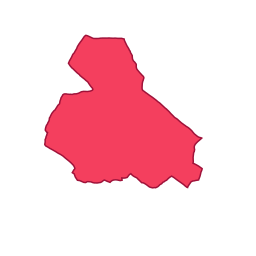 outline of Singida Urban, Singida, United Republic of Tanzania, rotated 124°
{"feature_id": "72390352B67063144918279", "entity_name": "Singida Urban", "entity_type": "district", "adm_level": 2, "iso_a3": "TZA", "parent_name": "United Republic of Tanzania", "parent_adm1": "Singida", "projection": "equal_earth", "projection_center": [34.722, -4.814], "detail": "fine", "context": "isolated", "style": "filled", "palette": "rose", "viewbox_px": 256, "rotation_deg": 124, "n_neighbors": 0, "source": "geoboundaries", "source_scale": "gbopen_adm2", "svg_char_len": 5121}
<svg xmlns="http://www.w3.org/2000/svg" viewBox="0 0 256 256"><g transform="rotate(124 128 128)"><path d="M196.2,149.2L196.2,148.9L196.1,147.0L198.1,144.3L198.7,142.9L199.6,140.7L198.6,138.6L197.8,134.2L196.9,132.6L195.9,132.1L195.7,132.1L195.5,131.9L195.0,131.5L193.7,129.2L193.3,128.4L193.0,126.8L192.4,125.3L191.5,123.9L190.8,122.8L189.3,121.2L188.6,120.4L187.6,119.8L187.2,119.6L186.1,119.3L185.6,119.1L184.4,118.6L184.3,118.0L184.2,117.9L183.9,115.8L183.1,112.5L181.9,112.3L180.5,111.8L179.2,110.9L177.8,109.2L176.9,107.4L176.0,105.1L174.6,103.7L174.0,104.2L172.9,105.2L171.9,103.5L171.1,102.5L170.8,102.2L170.7,102.1L169.6,101.2L169.4,101.0L169.1,101.0L167.2,100.9L165.8,100.8L164.6,100.2L164.3,100.1L164.4,99.6L164.5,99.4L164.8,97.7L164.8,95.6L164.6,94.2L164.4,93.0L164.4,92.9L164.6,92.0L164.7,91.5L164.7,91.4L164.8,91.2L164.8,90.9L164.9,90.6L165.1,89.2L165.7,86.1L164.9,84.6L164.7,82.4L164.7,81.9L164.7,80.8L164.9,77.6L164.8,77.3L164.8,76.7L163.9,74.2L162.5,72.6L162.1,71.7L160.1,70.5L159.6,70.4L159.1,70.2L157.2,69.9L155.5,69.0L155.1,68.9L154.5,68.9L154.3,68.8L153.4,68.7L152.4,68.0L150.8,67.5L150.6,67.4L149.8,66.8L148.0,66.5L146.8,66.2L145.6,65.9L145.3,65.7L145.2,65.7L143.5,64.9L143.4,62.0L143.6,58.9L143.7,53.1L143.8,50.2L144.1,48.2L144.2,45.9L144.0,45.3L143.3,45.6L141.6,45.6L140.7,45.7L139.2,45.6L138.5,45.7L137.4,45.6L135.9,44.8L135.6,44.5L134.8,43.6L133.6,42.5L131.7,40.5L131.6,40.4L130.6,40.7L129.6,40.9L127.9,41.3L125.9,42.0L123.9,42.8L122.2,43.1L120.3,43.7L120.2,44.0L120.1,48.2L120.2,49.5L120.3,50.8L120.5,52.4L120.8,54.5L119.6,54.9L118.8,55.5L118.6,55.6L118.3,55.9L117.8,56.3L117.4,56.5L117.2,56.7L116.9,56.9L116.1,57.5L114.6,58.3L113.2,59.0L111.7,59.8L110.5,59.9L109.8,60.2L108.5,60.8L108.2,61.2L106.8,62.4L106.3,62.6L105.9,62.9L104.9,63.0L104.5,63.1L104.3,63.1L103.7,63.2L103.3,63.0L102.7,63.0L100.4,62.6L100.1,62.5L98.3,62.0L96.8,61.6L96.1,61.4L95.9,61.4L95.1,61.2L95.1,61.4L95.3,62.0L96.0,64.1L96.1,64.5L96.1,65.8L96.0,67.3L95.9,67.9L95.8,69.6L95.1,72.1L94.9,72.6L94.7,73.2L94.3,75.3L94.0,77.7L94.0,79.2L94.1,80.8L94.0,82.1L94.0,83.7L93.9,85.0L93.9,86.4L93.7,87.9L93.5,89.5L93.3,90.8L93.1,92.0L93.1,93.5L93.2,94.7L93.1,95.8L93.0,96.1L92.7,97.4L92.1,100.6L91.4,103.3L91.0,105.6L91.0,106.1L90.8,106.5L90.7,108.3L90.3,110.8L89.5,115.9L89.5,117.7L89.2,120.1L88.9,125.0L88.9,128.1L88.7,132.6L88.8,132.7L88.6,134.6L88.6,137.0L88.0,137.6L87.8,138.1L86.8,138.8L86.7,138.9L83.2,141.0L81.5,141.7L80.1,142.1L79.9,142.1L78.8,142.5L77.7,142.8L77.1,143.3L77.0,143.5L76.9,143.7L76.7,144.2L76.4,145.2L76.3,146.2L76.0,147.2L75.6,149.1L75.3,150.1L74.6,152.6L74.3,153.4L74.0,154.0L72.8,155.3L71.1,156.4L70.5,156.9L70.1,158.0L69.6,159.4L69.4,160.8L68.9,161.8L68.3,162.8L67.6,163.4L66.8,164.1L65.6,165.0L64.8,166.5L64.2,167.9L63.1,169.2L62.7,170.4L61.8,171.8L60.4,174.9L59.4,176.6L57.5,179.8L56.7,180.7L56.4,180.9L57.2,183.3L59.4,186.6L60.6,188.8L61.8,190.4L63.1,192.5L63.6,193.4L64.6,194.9L65.3,195.7L65.7,196.5L66.1,197.0L67.4,198.9L68.0,199.8L68.9,201.0L70.4,202.7L71.7,204.6L73.0,206.6L73.3,207.6L73.5,209.1L73.9,211.6L74.1,212.7L74.4,213.9L74.7,214.6L74.9,214.9L76.6,215.4L78.5,215.4L81.4,215.4L82.9,215.5L83.9,215.6L84.4,215.5L85.3,215.6L86.3,215.6L87.2,215.5L88.4,215.5L89.5,215.3L90.7,215.0L91.6,214.9L92.4,214.9L93.8,214.8L95.8,214.6L97.6,214.9L98.6,214.8L99.6,214.6L100.9,214.4L103.1,214.2L104.9,214.1L106.3,213.8L107.6,213.6L108.3,212.0L109.0,210.2L109.2,209.4L109.6,207.9L109.7,206.3L110.0,205.0L110.3,203.3L110.7,201.1L110.8,199.7L110.9,198.2L111.4,196.9L111.4,195.9L111.6,194.5L111.7,192.9L111.8,191.3L112.1,189.7L112.2,188.0L112.4,186.8L112.4,186.7L112.5,186.5L112.6,186.3L113.0,185.5L113.1,185.3L113.1,185.2L113.2,184.9L113.4,184.5L113.5,184.2L114.0,183.0L114.0,182.9L114.4,181.7L114.7,180.6L114.7,180.3L115.2,179.2L115.7,178.7L115.8,178.6L116.0,178.6L116.4,178.7L116.7,178.7L118.5,179.9L119.5,181.0L120.3,181.8L121.1,183.1L121.4,183.6L122.4,185.2L123.8,186.7L124.2,187.0L124.4,187.1L124.7,187.3L125.1,187.5L125.9,187.9L126.5,188.3L126.9,188.5L128.6,190.0L129.9,191.8L130.6,192.4L131.4,193.1L131.7,193.6L132.2,194.6L132.5,194.8L132.6,195.0L134.0,197.5L134.3,198.3L135.4,199.9L135.9,200.2L136.2,200.3L136.8,200.6L138.4,200.4L140.3,200.4L141.8,199.9L143.7,199.4L146.2,198.3L148.4,198.8L150.9,198.7L154.0,198.6L155.0,199.0L156.9,199.2L158.4,199.3L160.3,199.1L160.9,199.0L161.1,199.0L162.5,198.7L163.2,198.8L163.4,198.8L164.3,198.4L165.0,198.0L166.0,197.6L166.6,197.5L168.8,197.3L169.9,197.0L171.3,197.1L172.2,196.9L173.6,196.5L175.1,195.9L176.1,195.3L176.6,194.0L176.9,193.0L177.0,192.8L176.7,192.5L176.8,192.1L178.9,191.6L179.4,191.3L180.6,191.2L182.4,190.5L184.0,190.2L186.0,188.8L187.2,188.3L188.2,187.8L188.4,187.5L188.7,186.7L188.9,185.7L188.7,184.7L188.6,182.3L188.6,181.4L188.6,180.8L188.5,180.6L188.2,177.4L188.2,177.0L188.1,176.0L188.0,174.1L188.0,172.8L187.9,171.1L187.8,170.8L187.6,168.3L187.6,167.9L187.6,167.7L187.6,166.2L188.0,163.0L188.3,159.4L188.4,158.3L188.7,156.0L188.8,155.4L188.9,154.9L189.4,152.6L189.8,151.6L190.6,150.2L191.3,149.4L191.9,149.3L192.5,149.4L193.1,149.5L194.1,149.4L195.2,149.3L196.1,149.2L196.2,149.2Z" fill="#f43f5e" stroke="#9f1239" stroke-width="1.5"/></g></svg>